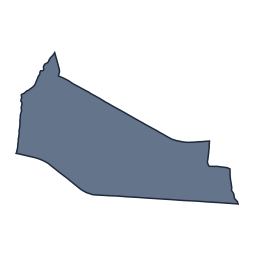 Din Daeng, Bangkok Metropolis, Thailand, rotated 91°
{"feature_id": "78962969B98953458091915", "entity_name": "Din Daeng", "entity_type": "district", "adm_level": 2, "iso_a3": "THA", "parent_name": "Thailand", "parent_adm1": "Bangkok Metropolis", "projection": "orthographic", "projection_center": [100.56, 13.778], "detail": "fine", "context": "isolated", "style": "filled", "palette": "slate", "viewbox_px": 256, "rotation_deg": 91, "n_neighbors": 0, "source": "geoboundaries", "source_scale": "gbopen_adm2", "svg_char_len": 3630}
<svg xmlns="http://www.w3.org/2000/svg" viewBox="0 0 256 256"><g transform="rotate(91 128 128)"><path d="M139.6,46.3L139.6,46.7L139.7,47.1L139.8,48.5L140.1,51.5L140.3,53.4L140.5,56.7L140.5,56.8L140.5,57.1L140.9,60.7L141.1,63.2L141.3,68.1L141.1,71.4L140.8,73.6L139.7,79.6L138.5,83.6L138.1,84.5L136.6,87.5L133.4,93.3L131.5,96.9L131.2,97.3L129.6,100.2L128.7,102.0L125.7,107.7L125.1,108.9L119.2,119.8L118.0,122.1L114.9,127.7L112.4,132.2L111.6,133.7L108.3,140.0L106.3,143.8L103.7,148.4L102.7,150.5L99.4,156.0L99.1,156.6L98.1,158.4L97.5,159.6L97.0,160.5L95.8,162.7L95.0,164.3L94.6,165.1L93.7,166.6L93.2,167.3L92.9,167.8L90.0,173.5L88.7,176.0L87.9,177.5L84.9,183.4L84.2,184.6L81.9,188.0L79.7,192.3L77.1,198.5L75.0,197.9L73.8,197.6L72.1,197.5L70.7,197.7L70.3,197.8L64.3,199.5L53.9,202.6L54.4,202.9L56.4,204.2L59.1,206.8L59.8,207.2L61.1,208.0L63.3,208.9L63.5,209.0L64.4,210.1L65.2,211.7L65.3,211.8L65.4,212.0L65.5,212.2L66.2,212.7L66.3,212.8L66.6,213.0L68.0,213.5L68.5,213.6L68.9,213.6L70.1,213.4L71.0,213.3L71.3,213.3L71.6,213.5L71.8,213.6L72.0,213.9L72.1,214.2L72.3,215.4L72.3,216.3L72.7,216.7L74.4,217.1L75.2,217.1L75.8,217.2L76.5,217.6L77.2,218.2L78.2,218.7L80.9,219.7L82.2,220.2L82.4,220.2L82.7,220.4L82.8,220.5L84.3,221.0L85.3,221.4L86.3,221.8L86.7,222.1L87.5,222.8L88.1,223.4L88.5,223.7L88.7,224.0L89.3,224.7L90.1,225.7L90.2,225.9L90.7,226.6L91.4,227.4L91.9,228.1L92.0,228.2L92.6,229.6L92.9,230.2L94.8,232.0L95.9,234.1L96.2,234.9L96.3,235.0L96.5,235.2L96.7,235.3L96.9,235.3L97.3,235.3L97.7,235.2L98.3,235.0L99.0,234.9L99.4,234.9L99.7,234.9L100.3,235.1L100.8,235.2L101.5,235.4L101.8,235.5L102.2,235.5L102.6,235.6L102.8,235.6L103.0,235.6L103.2,235.4L103.3,235.3L103.5,235.0L103.7,234.9L103.8,234.8L104.9,234.5L105.1,234.5L105.7,234.5L105.8,234.5L106.0,234.5L108.0,234.8L108.3,234.9L108.8,235.1L109.0,235.1L109.9,235.1L110.1,235.1L110.3,235.1L112.1,234.8L112.7,234.8L114.1,235.1L117.0,235.9L117.8,235.9L118.7,235.8L118.8,235.8L119.4,235.9L121.8,236.2L122.5,236.2L125.5,236.1L126.1,236.1L127.2,236.2L128.9,236.3L129.9,236.4L130.3,236.5L130.7,236.6L130.9,236.6L132.2,236.8L132.3,236.8L132.6,236.8L132.9,236.9L133.2,236.9L133.3,236.9L133.8,236.9L134.1,236.8L135.0,236.8L135.5,236.8L135.9,236.8L138.6,237.1L140.7,237.5L142.4,237.5L143.1,237.5L144.6,237.7L144.8,237.7L145.2,237.8L150.0,238.1L151.7,238.5L153.2,238.8L155.1,239.3L155.3,239.4L155.8,236.7L158.3,225.1L159.4,219.9L160.2,217.2L160.7,215.7L162.1,212.3L164.1,208.3L165.7,206.0L167.2,204.1L173.7,195.7L178.9,188.5L185.2,180.5L189.9,174.5L191.9,171.2L193.4,168.2L194.2,165.6L195.1,162.8L195.4,161.0L195.5,158.7L195.8,150.6L196.0,146.6L196.2,137.6L196.8,127.8L197.2,117.2L197.6,110.3L198.0,101.5L198.4,93.0L198.8,84.0L199.2,77.0L199.5,71.6L199.9,57.8L200.5,48.0L200.8,40.3L200.9,39.5L200.9,37.8L201.4,28.2L202.0,17.0L202.1,16.6L201.3,16.8L200.8,17.0L200.2,17.2L199.7,17.4L199.5,17.5L199.4,17.6L199.0,18.0L198.9,18.0L198.7,18.2L198.3,18.6L196.9,20.0L196.7,20.1L196.1,20.4L193.9,20.8L192.6,21.0L192.1,21.2L191.7,21.3L191.1,21.7L190.9,21.8L190.7,21.9L190.2,22.3L189.4,22.8L188.7,23.3L188.4,23.3L188.2,23.4L186.9,23.3L186.3,23.2L185.9,23.2L185.3,23.3L183.3,23.6L179.8,24.2L179.1,24.4L178.9,24.4L178.5,24.5L177.0,24.7L175.1,24.9L173.2,25.1L169.6,25.2L167.2,25.3L167.1,25.7L166.9,25.8L166.8,26.0L166.4,27.0L166.0,28.1L165.8,28.9L165.2,35.1L164.9,37.1L164.8,38.1L164.8,38.4L164.8,39.1L164.8,39.7L164.9,42.4L164.8,46.2L164.8,46.3L164.4,46.6L162.3,47.6L160.6,48.0L160.4,48.0L160.0,48.0L157.7,47.6L156.8,47.5L156.4,47.5L156.2,47.5L155.6,47.4L155.3,47.4L155.1,47.4L154.8,47.3L150.6,46.9L146.2,46.5L143.6,46.5L140.5,46.3L139.6,46.3Z" fill="#64748b" stroke="#1e293b" stroke-width="1.5"/></g></svg>